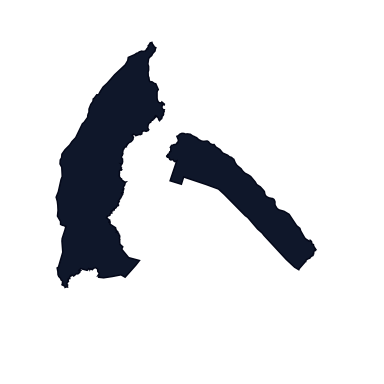 the district of Sarangani, Sarangani, Philippines, rotated 198°
{"feature_id": "2640588B5697622806390", "entity_name": "Sarangani", "entity_type": "district", "adm_level": 2, "iso_a3": "PHL", "parent_name": "Philippines", "parent_adm1": "Sarangani", "projection": "natural_earth1", "projection_center": [125.142, 6.055], "detail": "fine", "context": "isolated", "style": "filled", "palette": "ink", "viewbox_px": 384, "rotation_deg": 198, "n_neighbors": 0, "source": "geoboundaries", "source_scale": "gbopen_adm2", "svg_char_len": 6036}
<svg xmlns="http://www.w3.org/2000/svg" viewBox="0 0 384 384"><g transform="rotate(198 192 192)"><path d="M229.3,90.3L222.9,104.9L220.8,110.6L232.0,110.0L241.2,115.9L240.9,118.5L244.3,120.0L245.2,121.7L246.1,124.4L246.0,124.7L246.8,125.5L246.8,127.0L247.6,128.5L248.2,128.6L249.0,129.9L249.7,130.0L249.6,130.3L250.4,131.0L251.2,130.7L251.0,131.1L251.4,131.4L251.1,131.6L251.9,131.9L252.3,132.5L253.0,132.7L253.2,133.6L253.7,133.7L253.7,134.4L260.1,136.1L260.4,137.5L261.1,137.5L261.0,138.3L261.6,138.0L261.6,139.8L263.4,140.1L263.9,140.7L265.3,140.9L265.4,141.5L264.9,142.3L265.0,143.1L264.2,143.4L262.9,144.5L263.1,145.8L262.3,147.2L261.8,147.3L262.2,148.1L262.9,148.2L263.0,148.4L262.5,149.3L261.5,149.6L261.4,151.1L260.5,151.0L260.8,152.4L260.2,152.6L259.4,153.6L259.1,155.3L257.8,156.4L257.9,157.0L258.7,157.3L258.9,157.7L258.4,160.4L259.1,160.4L259.3,160.7L258.4,162.5L258.6,163.5L258.0,164.2L257.5,167.6L257.2,168.5L257.4,168.9L258.6,168.9L258.8,169.4L257.3,170.2L258.0,171.8L257.8,172.6L258.6,172.8L257.8,174.0L258.6,174.8L258.8,175.6L258.2,177.8L258.4,180.1L257.9,181.1L258.9,180.6L260.8,181.2L260.9,180.9L262.5,181.8L263.1,182.7L263.7,182.6L265.9,184.2L266.0,185.0L266.4,185.3L266.9,187.9L267.5,189.3L267.3,190.3L266.4,191.0L265.9,191.0L265.7,191.7L266.8,192.4L266.9,192.8L266.7,193.2L267.2,193.4L267.6,194.1L267.8,196.7L268.4,196.9L267.2,197.2L267.3,199.3L268.2,201.5L268.6,201.0L268.3,201.7L269.5,202.7L269.9,203.8L270.0,204.6L269.6,205.3L269.9,206.5L269.5,206.9L270.2,208.2L270.6,211.5L270.1,211.9L270.2,212.5L269.6,214.0L268.6,214.7L269.2,215.2L268.6,215.0L268.6,216.3L268.3,216.4L268.1,217.9L267.8,218.0L267.3,219.3L265.5,221.1L264.6,223.1L264.4,224.1L264.7,225.3L264.6,226.1L265.8,226.6L265.8,227.3L266.1,227.4L265.9,227.5L266.0,228.5L265.6,228.9L264.0,228.9L262.9,228.2L260.0,230.4L258.8,230.6L257.7,231.7L258.1,233.6L257.8,234.6L255.9,235.5L254.4,235.5L252.7,236.9L252.4,237.9L252.8,238.1L253.9,239.3L254.4,241.8L254.3,243.7L253.8,244.8L252.9,245.5L252.7,247.6L251.6,248.1L251.4,249.2L250.6,250.1L250.7,252.2L250.2,253.1L249.9,252.7L249.9,253.2L249.1,253.3L248.8,252.7L247.3,252.4L245.7,250.3L244.9,249.8L244.3,251.5L243.6,252.2L243.5,253.3L243.9,254.9L243.2,255.7L243.0,256.8L243.5,258.3L243.4,260.4L244.1,261.3L244.0,261.6L244.8,261.4L245.4,261.7L246.4,262.6L246.9,263.6L247.0,264.6L246.8,264.9L247.0,265.7L246.5,265.9L246.3,266.8L245.4,266.4L245.4,267.0L248.5,268.3L248.6,267.5L249.3,267.0L251.5,266.9L252.1,267.5L253.2,268.6L254.2,270.4L256.0,275.9L256.2,277.3L255.7,279.0L260.0,283.8L260.9,283.5L264.3,284.5L265.2,283.9L266.3,284.1L267.3,285.3L268.5,287.8L269.3,288.4L270.8,292.4L270.9,294.5L272.1,298.1L273.5,300.0L274.4,305.0L274.2,306.6L272.5,309.3L272.2,311.5L270.7,314.8L271.0,315.8L271.0,318.1L272.5,318.2L273.9,319.5L274.0,319.3L274.5,319.5L276.4,321.9L277.1,321.1L277.7,321.1L277.7,320.2L278.0,320.2L278.3,318.7L278.9,317.4L278.2,316.6L278.8,315.2L278.4,314.3L279.2,314.2L279.8,311.8L282.1,310.5L283.3,310.5L285.4,309.0L286.6,307.3L287.6,306.8L288.9,305.0L294.2,300.3L293.7,297.1L294.8,292.3L301.8,279.6L306.2,269.3L309.0,264.3L310.4,258.8L310.9,255.8L311.6,255.3L312.6,255.1L313.9,251.2L314.7,250.0L314.2,247.5L315.3,244.1L315.6,239.1L314.6,235.9L314.9,234.0L314.7,231.9L314.2,231.1L316.2,224.8L317.3,223.1L319.4,207.7L321.7,202.9L322.8,198.9L325.8,193.0L327.4,187.8L326.6,184.2L327.2,181.8L326.2,177.9L323.5,175.3L320.2,166.6L320.4,163.5L319.2,150.9L319.6,145.1L317.2,141.5L315.5,137.8L313.7,133.0L312.5,127.5L307.9,123.4L307.0,120.6L305.0,120.3L303.1,120.5L301.3,119.9L301.4,121.1L301.1,116.6L301.1,107.6L300.5,105.1L296.3,94.8L295.8,79.2L296.8,78.1L295.0,74.9L293.9,72.0L292.6,70.5L290.4,69.3L289.1,67.8L288.6,67.9L287.3,66.8L287.3,65.9L286.6,65.0L287.0,65.0L287.0,63.6L284.1,63.1L283.2,62.5L283.2,62.1L282.8,62.3L282.6,62.8L281.0,63.1L281.6,64.3L281.5,65.1L282.1,65.3L282.9,66.5L282.4,67.4L282.5,68.0L281.9,68.7L282.4,69.2L282.4,69.6L282.8,69.3L282.9,69.9L282.8,70.9L282.4,70.9L282.2,71.8L281.5,72.0L282.1,73.2L281.7,74.6L281.2,74.6L281.2,75.3L280.1,76.0L278.6,75.5L276.5,78.8L275.3,78.8L274.0,80.8L274.5,81.2L273.6,82.9L275.3,82.7L274.0,85.0L272.8,84.8L267.5,85.1L266.9,86.1L266.7,87.3L265.7,87.2L265.3,86.7L265.3,87.1L264.8,87.2L264.7,87.6L262.8,87.3L262.1,88.9L260.6,90.3L257.9,89.5L257.1,87.4L255.0,85.9L255.7,83.1L255.3,83.3L254.8,83.1L254.2,83.2L254.3,82.1L249.5,83.1L241.7,87.0L233.9,91.3L229.3,90.3ZM227.2,218.5L227.1,218.1L226.2,217.5L224.4,217.6L223.3,216.2L222.2,215.9L220.0,217.0L218.8,215.9L217.6,215.6L216.1,216.9L216.3,195.9L204.5,196.1L204.6,203.7L180.9,203.5L167.7,203.0L160.5,199.7L134.1,186.0L131.2,185.1L118.2,177.1L112.6,174.7L110.1,173.0L81.5,157.0L71.2,152.2L66.4,151.1L66.3,152.3L63.2,159.6L63.2,160.2L62.3,160.9L62.5,162.4L61.4,164.0L59.5,165.5L59.3,166.5L58.5,167.9L57.3,169.0L57.6,170.0L57.2,170.7L57.7,170.9L57.5,172.2L57.8,172.6L57.5,173.8L56.8,174.3L57.2,174.5L56.7,175.3L57.0,175.6L56.6,175.7L58.9,177.5L60.3,179.2L60.3,179.5L61.9,179.7L63.1,181.9L64.5,182.5L64.4,182.0L65.6,181.5L69.3,182.5L70.7,183.2L76.5,188.5L78.2,190.8L82.1,192.3L92.8,200.8L98.5,202.1L103.7,201.9L105.9,202.5L108.9,205.1L109.8,207.2L109.9,208.0L110.5,209.0L111.5,209.7L111.6,210.2L113.3,210.7L114.0,210.1L114.4,210.2L114.4,210.5L117.1,210.2L120.0,210.7L121.9,212.2L123.3,214.8L124.6,215.7L128.6,218.0L132.8,219.1L135.0,221.1L141.0,224.9L143.9,225.7L147.1,226.2L147.2,226.5L147.2,226.2L148.1,226.5L150.6,227.8L152.5,229.3L157.5,231.2L159.9,233.1L162.4,236.1L163.2,236.2L165.1,237.1L167.4,237.1L169.4,238.0L174.9,238.6L178.6,241.0L183.3,242.2L185.7,244.0L186.9,243.4L189.2,243.5L190.2,243.8L191.9,245.0L193.4,245.2L196.4,243.8L198.6,243.4L201.9,243.9L204.6,245.2L205.5,245.0L206.3,245.4L208.9,245.6L211.4,246.4L214.2,245.9L216.4,245.0L217.7,245.2L219.7,244.7L221.4,243.3L222.6,241.1L223.6,240.3L221.3,237.6L220.8,236.5L220.9,235.0L221.2,234.6L221.0,234.4L221.4,234.2L221.5,233.3L222.2,232.2L223.8,231.5L224.9,230.4L225.8,230.1L226.4,227.7L225.7,227.3L224.8,224.0L225.5,223.5L226.0,219.5L226.2,219.2L226.6,219.5L226.5,218.8L227.2,218.5Z" fill="#0f172a" stroke="#020617" stroke-width="1.5"/></g></svg>